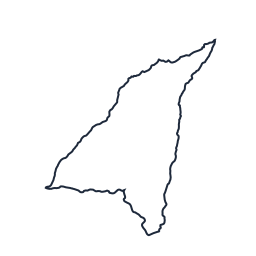 outline of Enciso, Santander, Colombia, rotated 190°
{"feature_id": "7082276B96027613653317", "entity_name": "Enciso", "entity_type": "district", "adm_level": 2, "iso_a3": "COL", "parent_name": "Colombia", "parent_adm1": "Santander", "projection": "albers", "projection_center": [-72.688, 6.65], "detail": "fine", "context": "isolated", "style": "outline", "palette": "slate", "viewbox_px": 256, "rotation_deg": 190, "n_neighbors": 0, "source": "geoboundaries", "source_scale": "gbopen_adm2", "svg_char_len": 5693}
<svg xmlns="http://www.w3.org/2000/svg" viewBox="0 0 256 256"><g transform="rotate(190 128 128)"><path d="M86.5,208.0L86.8,207.8L88.4,207.1L88.9,206.6L89.1,206.2L89.3,205.3L90.0,204.6L90.5,204.0L91.2,203.3L92.3,202.2L93.4,201.3L95.4,200.3L96.0,200.1L97.1,200.1L97.8,200.4L99.2,201.3L100.0,201.6L100.6,200.7L101.0,200.3L102.0,199.8L102.4,199.7L102.8,199.7L104.9,200.5L105.4,200.4L106.0,200.1L106.5,200.0L108.3,200.4L109.2,200.8L109.5,200.8L109.7,200.4L109.9,199.0L110.2,198.4L111.2,196.8L112.1,196.0L113.2,194.7L113.6,194.5L114.7,194.1L115.3,193.8L115.7,193.2L115.9,192.4L115.9,191.6L116.0,191.1L117.0,189.5L117.7,188.6L119.2,187.6L119.8,187.1L120.6,186.7L121.4,186.0L122.0,186.0L122.9,186.3L123.5,186.4L123.8,186.1L124.3,185.5L124.9,184.3L125.8,182.8L126.5,182.1L127.0,181.8L128.4,181.3L129.2,180.6L131.2,180.3L131.4,180.0L131.5,179.7L131.8,179.4L132.0,179.3L133.3,179.4L133.6,179.2L134.0,178.2L134.4,177.8L135.5,177.3L135.8,177.0L136.2,176.4L135.9,175.2L135.9,174.7L136.2,173.9L136.5,173.2L137.0,172.5L137.7,171.7L138.8,170.2L139.3,168.8L139.6,168.4L140.1,168.1L141.1,167.2L141.9,166.6L142.5,165.9L143.1,165.0L143.2,164.0L143.8,161.1L143.5,160.0L143.1,159.4L143.5,153.6L143.2,151.9L143.2,151.3L145.8,146.9L146.5,144.9L147.0,144.0L147.6,143.2L148.1,143.0L148.6,142.4L148.9,141.7L149.2,140.8L149.1,140.2L148.6,138.1L148.5,137.5L148.5,136.6L148.7,136.2L149.9,134.7L150.1,134.0L150.2,132.4L150.5,131.8L151.2,131.0L153.6,129.7L154.0,129.5L155.7,127.7L156.4,127.1L156.9,126.8L158.5,126.3L159.9,125.5L162.8,122.8L163.2,122.1L164.0,119.3L165.0,117.9L166.6,115.2L167.7,113.5L168.2,113.1L169.3,112.6L170.2,112.0L171.2,110.6L171.9,109.4L172.3,107.4L172.5,106.8L172.9,106.1L173.4,105.6L174.6,104.7L174.7,104.3L175.2,102.1L175.6,101.4L176.3,100.4L176.7,99.4L178.2,97.1L178.6,95.8L179.3,94.6L182.1,91.6L182.3,91.2L182.4,90.7L182.9,89.6L183.3,88.9L183.9,88.1L184.5,87.6L185.3,87.3L186.3,86.8L187.5,85.8L188.5,84.6L189.6,82.3L190.2,80.4L190.5,79.6L190.6,78.6L191.2,77.2L191.8,75.2L191.9,73.0L192.2,70.8L191.9,69.4L191.9,67.9L192.2,66.7L192.4,63.7L193.8,58.6L194.2,57.9L194.9,57.1L195.4,56.7L197.5,56.0L197.8,55.8L198.4,55.4L198.6,55.0L198.6,54.8L197.3,54.5L196.0,54.4L194.3,54.5L193.5,54.8L192.9,54.8L191.7,55.5L190.1,56.1L187.8,56.4L185.7,57.1L184.9,57.8L184.3,58.7L183.2,59.0L181.4,59.1L178.8,58.8L174.2,58.9L173.3,58.7L172.5,58.8L171.7,58.6L171.1,58.6L170.0,58.5L167.5,58.1L166.1,57.9L165.6,57.7L164.9,57.2L163.9,56.7L163.5,56.6L162.7,56.6L161.5,56.9L161.0,57.2L160.7,57.7L160.5,58.3L160.3,58.5L158.7,59.2L157.2,59.3L156.9,59.4L155.2,60.6L154.5,60.9L153.7,61.0L151.7,61.2L149.4,60.3L148.6,60.1L147.6,60.3L146.7,60.7L144.9,60.9L144.5,60.9L143.5,60.6L142.7,60.6L141.6,60.9L139.2,61.8L138.3,62.4L137.7,62.7L136.0,62.4L135.5,61.9L135.4,61.4L134.9,61.0L133.2,60.9L132.2,60.9L131.5,61.0L130.5,61.4L129.7,62.1L127.4,65.1L126.7,65.6L125.9,65.8L125.2,65.8L123.8,65.3L122.8,65.1L122.3,65.2L121.6,65.8L120.9,66.2L121.1,65.6L121.1,64.3L119.9,61.7L119.2,60.5L118.8,59.5L118.8,58.6L119.7,57.5L119.8,57.1L119.6,56.5L119.0,55.5L118.3,55.1L115.6,54.2L114.3,53.9L113.0,53.3L112.6,53.0L111.5,51.6L109.7,48.0L108.9,46.9L108.3,46.4L107.7,46.2L106.0,46.1L105.0,45.6L102.5,44.7L101.5,44.0L100.0,42.8L99.3,42.6L97.4,42.2L96.3,41.6L95.7,40.8L95.3,40.1L95.3,39.1L95.8,38.2L96.5,37.3L97.3,36.0L97.4,35.2L97.3,34.6L96.7,33.5L96.4,33.2L95.3,32.0L93.6,30.6L92.9,29.8L91.4,27.6L90.6,26.7L89.6,26.2L89.1,26.1L88.6,26.2L84.6,28.9L80.9,30.9L80.3,31.2L79.8,31.3L79.6,31.5L79.4,31.9L79.6,32.6L79.6,33.4L79.3,34.2L78.6,34.8L78.5,35.1L78.5,36.0L79.1,36.8L79.2,37.2L79.1,38.2L78.9,38.3L77.8,38.8L77.4,39.1L76.8,39.4L76.3,39.8L76.0,40.2L75.7,41.2L75.8,43.6L76.4,45.4L76.5,46.5L76.7,46.8L76.9,47.0L78.6,47.9L78.7,48.1L79.0,48.5L79.0,49.2L79.6,52.1L79.5,53.3L79.3,54.2L78.9,55.2L78.2,56.1L77.7,57.4L77.1,58.4L76.9,59.0L76.9,59.5L77.1,60.1L78.3,61.6L79.4,63.8L80.6,67.8L80.8,68.8L80.7,69.7L80.4,70.5L80.1,72.2L79.2,79.1L78.7,80.0L78.2,80.3L78.0,80.7L77.6,83.3L77.3,84.5L77.4,86.8L78.1,89.2L78.5,90.2L78.9,93.4L79.2,94.1L79.4,95.4L79.4,96.3L79.3,97.8L78.5,100.6L78.3,101.2L77.5,102.4L76.6,103.4L76.3,104.0L76.0,105.2L75.8,106.8L75.8,107.8L76.1,109.1L76.7,110.2L76.9,111.2L76.7,113.4L76.4,114.9L77.1,116.3L77.1,116.9L77.1,117.3L76.7,118.6L76.7,120.7L76.6,122.1L76.7,123.9L76.4,126.3L76.5,127.8L76.7,128.7L76.9,129.0L78.3,130.1L78.7,130.8L78.8,131.3L78.7,131.8L78.4,132.4L78.4,133.8L78.2,134.9L78.0,135.3L77.9,136.6L78.2,138.8L78.5,140.0L78.6,141.4L78.6,143.0L79.0,145.1L78.5,146.0L78.4,146.5L78.3,148.0L78.0,148.6L78.0,149.1L78.9,150.2L78.8,152.0L79.1,153.4L79.6,155.0L80.0,156.6L80.7,158.3L80.8,159.1L81.1,159.4L81.8,159.5L82.2,160.0L82.3,161.1L81.9,163.1L82.1,165.0L82.0,167.7L81.7,168.4L81.2,169.5L81.0,170.3L80.9,171.1L80.4,171.8L80.3,172.5L79.7,174.0L79.1,175.1L78.9,175.8L78.9,176.8L79.1,178.7L79.1,179.7L79.0,180.8L78.9,181.4L78.1,182.2L76.5,183.1L76.3,183.5L75.8,184.8L75.2,185.9L74.8,186.4L73.8,187.1L73.5,187.9L73.4,188.2L73.7,189.1L74.4,190.1L74.4,190.6L74.2,191.2L73.1,192.9L71.0,194.7L70.7,195.7L70.3,196.1L69.2,196.8L68.7,197.3L67.5,200.1L67.2,201.1L66.8,202.0L66.4,203.8L66.2,204.3L65.6,205.1L63.8,206.1L63.5,206.5L63.0,208.2L62.2,209.7L61.7,211.1L60.8,212.7L60.6,213.4L60.4,214.6L59.9,216.6L59.1,218.6L58.9,220.0L58.9,221.8L58.4,222.9L58.3,223.5L58.1,224.2L57.5,225.6L57.5,226.0L57.4,228.0L57.4,228.5L57.7,229.1L57.6,229.9L58.1,229.7L59.1,227.9L59.9,227.0L60.3,226.8L62.4,226.2L62.8,226.0L63.1,225.5L63.8,225.0L64.8,224.5L65.6,224.2L66.6,224.1L66.9,223.9L67.5,223.0L67.2,220.9L67.4,220.6L67.6,220.6L68.3,220.6L68.7,220.3L68.8,220.0L68.8,219.0L69.1,218.5L71.6,216.7L75.8,214.4L76.9,213.6L79.1,211.5L79.7,210.8L80.0,210.1L80.6,209.9L83.1,209.8L83.8,209.5L85.2,208.6L86.5,208.0Z" fill="none" stroke="#1e293b" stroke-width="2"/></g></svg>